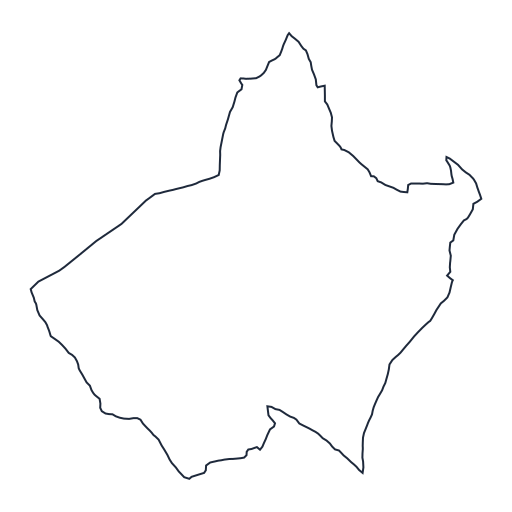 Ndhiwa, Nyanza, Kenya
{"feature_id": "3690345B51434917036574", "entity_name": "Ndhiwa", "entity_type": "district", "adm_level": 2, "iso_a3": "KEN", "parent_name": "Kenya", "parent_adm1": "Nyanza", "projection": "natural_earth1", "projection_center": [34.403, -0.712], "detail": "fine", "context": "isolated", "style": "outline", "palette": "slate", "viewbox_px": 512, "rotation_deg": 0, "n_neighbors": 0, "source": "geoboundaries", "source_scale": "gbopen_adm2", "svg_char_len": 4754}
<svg xmlns="http://www.w3.org/2000/svg" viewBox="0 0 512 512"><path d="M452.8,280.2L450.2,278.3L447.1,275.6L450.3,271.8L449.8,267.3L450.0,264.3L450.1,262.7L450.3,261.2L450.8,255.7L449.5,250.5L449.8,247.0L450.3,242.6L453.3,240.4L454.3,234.7L457.6,228.7L461.0,224.0L463.9,220.4L466.1,219.3L467.2,218.5L468.1,217.4L470.0,214.3L472.8,209.3L473.4,203.8L477.2,201.8L481.3,198.8L480.0,194.8L478.7,191.4L478.0,189.3L477.4,187.7L476.1,183.4L473.9,179.6L473.0,178.4L471.6,177.0L469.5,174.8L465.8,172.4L462.1,169.4L458.0,164.8L453.1,161.1L449.8,158.6L446.5,157.0L446.3,160.3L447.2,161.6L448.0,162.9L449.7,165.6L450.3,167.3L451.0,170.6L451.4,174.2L451.7,176.0L452.6,179.1L453.3,182.6L449.3,184.2L446.0,184.4L442.9,184.2L439.3,184.1L435.6,184.0L430.7,183.8L427.1,183.2L422.8,183.7L418.5,183.5L414.4,183.5L411.1,183.5L408.2,185.0L407.8,189.1L407.3,192.3L403.8,192.0L400.5,191.6L396.7,189.7L393.4,187.8L390.0,186.6L385.4,185.0L381.2,182.4L377.7,181.2L376.3,178.2L373.8,176.3L371.1,176.2L369.5,172.3L367.7,169.3L365.0,167.1L362.4,165.0L361.4,164.2L359.3,162.3L356.8,159.7L353.2,156.0L348.8,152.3L344.3,150.0L341.5,149.4L340.7,147.5L339.6,146.0L337.0,143.3L334.6,140.9L333.4,136.9L332.0,130.7L331.4,125.9L331.8,121.6L332.0,117.4L330.8,112.8L328.8,108.1L327.3,104.5L324.9,101.4L324.9,95.7L324.8,90.5L324.7,85.7L320.8,86.5L317.7,87.3L316.4,85.2L315.8,79.4L314.0,74.4L312.0,69.7L311.2,65.5L310.7,62.2L308.8,58.9L307.5,54.2L305.9,50.4L303.4,48.7L301.3,46.0L298.6,41.8L294.8,38.6L291.7,36.2L289.1,33.2L287.7,35.1L286.8,37.3L285.8,39.8L284.6,42.4L283.8,44.1L283.1,45.9L282.2,48.9L281.7,50.2L281.2,51.6L279.7,55.2L277.0,57.4L275.9,58.4L274.7,59.2L271.9,60.5L269.1,62.0L267.5,65.9L265.9,69.9L263.8,72.9L261.2,75.3L260.4,75.9L259.3,76.6L256.1,78.2L252.4,78.5L250.5,78.7L249.1,78.7L246.0,78.8L244.9,78.7L243.6,78.5L240.6,78.4L239.4,80.3L241.4,83.7L242.3,84.9L241.5,89.3L238.4,91.6L237.3,92.5L235.5,97.4L234.4,101.7L232.7,107.2L230.0,111.9L228.9,115.8L227.9,119.4L226.1,124.8L225.2,128.4L223.7,132.2L223.2,134.0L222.8,136.0L221.7,141.6L220.6,147.1L220.1,151.0L220.2,155.0L220.0,159.9L219.8,164.9L219.7,170.4L218.7,175.0L214.0,177.2L209.4,178.8L205.4,179.9L202.4,180.8L199.3,181.9L196.2,183.5L191.6,185.1L187.6,186.0L183.0,187.4L178.7,188.4L175.8,189.1L172.9,189.9L169.5,190.6L164.1,191.9L159.6,193.2L155.0,193.9L147.0,199.8L146.1,200.4L121.5,223.9L96.3,241.0L78.0,256.0L74.4,258.9L64.5,266.9L59.2,270.7L38.4,281.6L30.7,289.1L31.6,292.4L33.8,297.7L34.7,301.5L35.9,303.4L36.3,304.7L37.3,310.1L39.6,315.5L42.8,319.1L45.4,322.2L47.1,325.3L47.5,326.7L48.1,328.2L49.0,330.5L49.5,332.0L50.4,335.1L50.8,336.2L54.3,338.6L58.7,341.7L62.2,345.1L65.5,348.7L68.7,352.9L72.1,354.9L74.9,357.5L77.0,361.3L78.2,364.6L78.7,368.2L79.3,369.6L80.2,371.2L82.3,374.6L84.6,378.8L86.6,382.4L89.9,385.7L91.5,390.1L93.1,392.8L94.5,394.6L95.6,395.6L96.7,396.5L99.6,398.8L100.4,403.6L100.2,407.8L101.8,411.2L105.5,413.5L108.9,414.1L112.5,414.3L115.8,416.3L119.7,417.7L123.9,418.6L129.1,418.9L133.7,418.1L137.2,418.1L140.5,419.7L142.9,423.5L145.1,425.9L147.5,428.4L149.7,430.5L151.7,432.7L153.3,434.8L154.2,435.6L155.3,436.4L158.6,439.6L161.7,445.6L164.2,449.5L167.4,454.9L169.6,459.5L171.9,463.1L175.9,467.5L178.7,471.4L181.1,473.9L184.2,477.2L189.3,478.8L191.6,476.8L195.4,475.6L198.9,474.5L201.5,473.7L204.1,472.9L205.8,470.3L206.1,465.5L210.2,462.5L213.7,461.7L214.7,461.5L217.2,460.9L218.6,460.6L221.1,460.3L224.4,459.6L229.3,459.0L233.2,458.9L236.6,458.6L240.7,458.2L244.1,457.6L246.5,455.2L246.7,451.8L248.3,449.5L251.5,449.0L254.8,447.8L256.9,447.1L260.0,449.7L262.4,446.7L263.9,443.1L265.8,439.0L267.3,435.1L269.2,431.1L270.0,429.4L274.0,426.5L275.0,423.3L272.7,420.4L270.6,418.1L268.5,415.3L268.1,412.2L267.4,406.3L271.5,406.9L275.4,409.1L279.5,409.9L282.7,411.9L286.4,414.4L290.2,416.6L293.9,417.9L296.4,419.6L299.3,423.5L303.4,425.6L307.1,427.4L309.7,428.7L312.3,430.2L315.4,431.8L318.1,433.6L320.2,435.6L322.7,438.2L326.5,440.5L329.9,443.5L332.1,446.5L335.0,449.4L339.0,450.5L341.3,452.9L343.6,455.4L347.2,458.3L351.1,462.1L353.9,464.4L356.5,466.8L359.1,470.0L362.6,472.9L363.4,467.4L363.1,461.6L362.4,457.6L362.5,453.4L362.8,449.2L362.8,447.9L362.7,445.9L362.8,442.2L363.0,437.6L364.0,433.0L365.8,428.6L366.5,426.8L367.0,425.6L368.0,422.9L369.1,420.4L370.5,417.7L372.0,414.4L372.7,410.7L373.7,407.2L375.0,404.0L376.6,400.3L378.1,397.0L379.8,394.2L382.1,390.3L383.5,386.6L385.3,383.0L386.4,379.0L387.8,374.1L388.8,369.5L389.5,364.4L392.4,360.0L395.9,356.8L398.0,355.1L400.4,352.8L403.2,349.4L406.2,345.8L409.6,342.0L414.2,336.3L417.9,332.3L422.1,328.0L425.8,324.5L428.6,322.0L430.2,320.9L431.9,318.2L434.3,314.0L436.5,309.9L437.5,308.4L438.3,307.2L440.8,303.4L443.9,300.9L447.4,297.4L449.5,292.6L450.9,286.5L451.9,282.4L452.3,281.2L452.8,280.2Z" fill="none" stroke="#1e293b" stroke-width="2"/></svg>